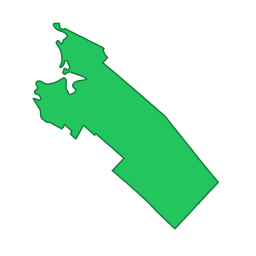 Alexeni, Ialomita, Romania, rotated 100°
{"feature_id": "2599482B94513339956847", "entity_name": "Alexeni", "entity_type": "district", "adm_level": 2, "iso_a3": "ROU", "parent_name": "Romania", "parent_adm1": "Ialomita", "projection": "equal_earth", "projection_center": [26.708, 44.701], "detail": "fine", "context": "isolated", "style": "filled", "palette": "green", "viewbox_px": 256, "rotation_deg": 100, "n_neighbors": 0, "source": "geoboundaries", "source_scale": "gbopen_adm2", "svg_char_len": 5622}
<svg xmlns="http://www.w3.org/2000/svg" viewBox="0 0 256 256"><g transform="rotate(100 128 128)"><path d="M115.5,226.3L116.7,225.4L125.4,217.6L125.9,217.4L128.7,216.6L132.0,215.7L132.4,215.5L132.6,215.3L133.0,215.0L133.6,214.4L134.0,214.1L134.0,213.9L134.0,213.7L135.7,210.5L136.1,209.8L136.3,209.1L136.4,208.8L136.4,208.7L136.2,207.3L136.1,206.9L136.1,206.2L136.0,205.9L136.1,205.5L136.9,203.2L137.6,201.1L139.3,196.1L139.6,195.2L139.7,194.8L139.8,194.7L139.9,194.4L140.1,193.8L140.3,193.3L140.3,193.1L140.1,193.0L139.6,192.6L139.3,192.4L138.6,192.0L138.4,192.3L135.8,190.9L140.2,183.5L140.7,182.8L143.5,183.6L144.1,183.4L144.3,183.1L145.1,181.9L146.1,180.3L147.8,177.5L144.4,176.3L141.1,175.1L140.0,174.7L138.8,174.3L133.1,172.4L133.2,172.1L140.8,159.6L139.2,158.8L139.2,158.7L141.7,154.5L144.2,150.3L148.7,142.8L148.7,142.7L158.5,126.7L172.7,136.0L173.2,135.2L175.8,130.7L179.0,125.4L180.8,122.2L183.1,118.4L190.0,107.2L191.9,104.3L193.3,102.0L194.0,100.9L195.8,98.2L198.6,94.0L199.6,92.6L200.9,91.0L202.2,89.1L203.6,87.1L205.7,84.4L207.6,81.5L208.0,80.8L208.2,80.7L213.4,73.0L218.5,65.3L218.6,64.8L219.0,64.3L218.9,64.2L217.8,63.4L208.2,57.3L207.9,57.0L203.0,53.8L198.1,50.7L189.4,45.2L189.5,45.1L189.4,45.1L189.2,45.0L189.2,44.9L183.6,41.3L178.1,37.8L178.0,37.7L171.8,33.6L165.7,29.7L163.8,32.1L163.7,32.1L151.2,46.9L148.5,50.0L144.6,54.4L141.4,58.1L138.7,61.0L135.9,64.2L132.0,68.7L128.9,72.2L126.6,74.7L126.6,74.8L120.6,81.6L116.9,85.8L113.2,90.0L111.1,92.3L110.2,93.4L109.6,94.2L109.1,95.1L107.7,97.2L107.4,97.9L106.3,99.8L105.4,101.3L103.9,103.7L101.6,107.6L100.5,109.5L99.0,111.8L98.1,113.4L97.7,114.2L97.2,115.0L97.1,115.3L96.5,116.1L95.8,117.2L93.3,121.3L92.4,122.8L91.7,124.0L91.3,124.7L90.9,125.3L89.6,127.5L89.4,127.7L89.2,128.1L89.1,128.4L89.0,128.5L87.4,131.2L86.5,132.8L86.2,133.3L84.1,136.8L83.9,137.2L83.0,138.7L82.0,140.4L80.9,142.2L80.3,143.2L79.6,144.4L78.9,145.6L78.6,146.0L78.0,147.1L77.5,147.9L77.1,148.6L76.8,149.2L75.8,150.8L74.9,152.4L74.0,153.9L72.6,156.4L70.9,159.5L68.7,163.2L68.4,163.7L68.2,163.9L67.9,164.0L67.6,163.8L62.3,160.4L59.5,163.7L55.7,166.1L55.0,165.9L54.5,165.8L54.0,165.6L53.8,165.5L53.5,166.3L52.8,168.0L52.1,170.6L51.2,173.5L50.1,177.3L48.5,182.9L48.1,183.6L47.7,185.1L46.2,190.0L46.2,190.4L45.7,192.1L45.1,194.0L44.7,195.3L43.8,198.5L42.6,202.5L41.7,205.2L41.1,207.2L41.4,207.7L41.7,208.1L42.0,208.6L42.1,209.1L42.2,209.7L42.1,210.8L42.0,211.3L41.7,211.8L41.5,212.1L41.1,212.4L40.5,212.7L39.7,213.0L38.4,213.4L37.7,213.6L37.1,213.8L37.0,214.5L37.1,215.3L37.2,216.0L37.5,216.8L37.5,217.5L37.6,218.1L37.8,218.6L38.2,219.0L38.5,219.2L39.0,219.3L39.6,219.2L40.0,219.0L40.5,218.7L41.0,218.3L41.6,217.6L42.1,217.0L42.4,216.5L42.6,216.2L42.8,216.0L43.1,215.4L43.4,214.6L43.4,214.4L43.5,214.0L43.7,213.8L43.7,213.6L43.8,213.5L43.8,213.2L44.0,212.7L44.1,212.1L44.2,211.6L44.2,211.2L44.2,210.7L44.4,209.8L44.8,208.2L45.0,207.3L45.3,206.6L45.9,205.6L46.2,205.1L46.6,204.6L47.2,204.0L47.6,203.7L48.0,203.6L48.5,203.7L49.3,204.0L49.6,204.2L50.2,204.7L50.8,205.3L51.1,205.6L51.4,205.9L52.0,206.4L52.6,206.8L53.8,207.0L54.8,207.2L55.6,207.4L56.1,207.6L56.3,208.0L56.5,208.5L56.5,208.9L56.1,209.4L55.7,209.9L55.0,210.4L54.5,211.0L54.3,211.4L54.2,211.8L54.3,212.2L54.5,212.6L54.8,213.0L55.4,213.3L55.8,213.5L56.5,213.4L57.3,213.1L57.8,212.7L58.4,212.1L59.0,211.5L59.7,211.0L60.5,210.2L61.3,209.4L62.0,208.8L62.6,208.2L63.7,207.7L64.5,207.3L64.8,207.0L65.5,206.7L68.2,205.9L70.0,205.3L71.7,204.9L72.6,204.7L73.5,204.7L74.5,204.7L75.4,204.8L76.2,204.9L77.1,205.2L79.0,205.7L79.4,205.6L80.0,205.4L80.2,205.1L80.2,204.8L79.8,204.4L79.2,203.8L78.5,203.2L77.9,202.8L77.5,202.6L77.2,202.5L76.4,202.3L74.8,201.9L74.3,201.8L73.2,201.6L72.8,201.4L72.6,201.1L72.4,200.9L72.3,200.7L72.2,200.4L72.3,200.1L72.4,199.8L72.5,199.5L72.7,199.2L72.9,199.0L73.1,198.9L73.4,198.7L73.7,198.6L74.0,198.6L74.4,198.5L74.6,198.4L74.9,198.3L75.0,198.2L75.3,197.9L76.1,197.2L76.4,197.0L76.9,196.6L77.5,196.3L78.1,196.1L78.8,196.0L79.4,196.0L80.0,196.2L80.6,196.5L81.0,196.8L81.3,197.5L81.3,198.1L81.1,198.6L80.7,199.2L80.3,199.9L80.3,200.7L81.0,201.3L81.7,201.4L83.1,201.5L84.6,201.6L85.1,201.8L86.1,199.4L85.7,199.2L85.1,198.6L84.1,197.5L83.8,197.0L83.5,196.5L83.1,195.7L82.8,194.5L83.1,193.4L83.3,192.1L84.0,187.7L84.5,185.9L84.2,185.4L85.2,181.4L86.3,177.8L86.6,177.7L87.2,177.4L88.3,179.1L88.7,180.2L89.2,182.3L89.9,184.2L90.3,185.3L91.0,186.6L92.2,188.4L93.4,189.2L94.3,189.6L95.2,189.9L96.0,189.7L96.9,189.3L97.6,188.5L98.0,187.8L98.7,186.8L99.2,186.4L99.7,186.2L100.7,186.1L101.4,186.1L101.9,186.4L102.5,187.0L102.7,187.3L103.1,187.8L103.6,188.4L104.0,189.1L104.4,189.6L104.9,190.3L105.0,190.8L105.0,191.3L105.0,191.9L104.8,192.3L104.2,192.8L103.1,193.2L102.1,194.0L101.4,194.8L100.7,195.3L100.0,195.6L98.9,196.0L98.3,196.2L97.6,196.4L96.9,196.5L96.0,196.6L95.1,196.7L93.9,196.7L92.8,196.8L91.8,197.2L91.1,197.5L90.2,198.4L89.9,199.0L89.8,199.6L90.0,200.3L90.7,201.3L91.4,202.0L92.2,202.9L93.1,203.9L94.1,205.2L95.2,206.7L95.8,207.6L96.3,208.4L96.7,209.2L97.0,210.1L97.5,211.2L97.7,211.9L98.3,213.2L98.7,214.8L98.8,215.8L98.7,216.7L98.5,217.9L98.3,218.8L97.7,220.2L97.2,221.6L97.1,222.5L97.1,223.0L97.1,223.8L97.5,224.7L97.8,225.3L98.1,225.7L98.7,226.1L99.9,226.2L100.5,226.2L101.1,225.9L102.0,225.3L102.5,224.8L103.4,224.2L104.5,224.1L105.5,224.4L106.1,224.8L106.8,225.3L107.6,226.0L108.3,226.3L109.0,226.2L110.0,225.6L110.4,224.9L110.6,224.0L110.6,223.2L110.9,222.1L111.4,220.9L111.9,220.4L112.5,219.9L113.0,219.4L113.4,219.2L114.1,218.9L114.8,219.0L115.6,219.3L116.1,219.8L116.3,220.7L115.8,221.8L115.6,223.0L115.4,224.6L115.4,225.7L115.5,226.3Z" fill="#22c55e" stroke="#15803d" stroke-width="1.5"/></g></svg>